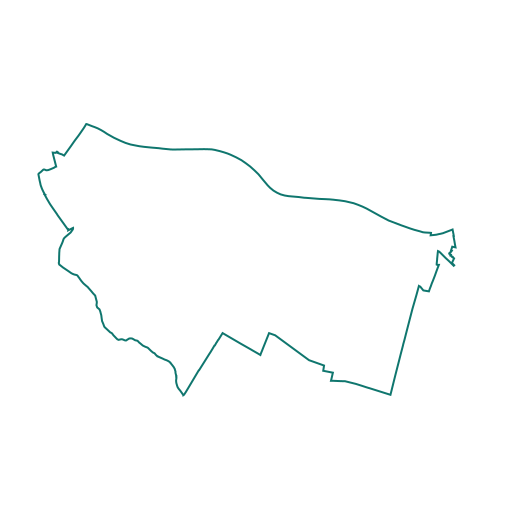 Rhenen, Utrecht, Netherlands, rotated 169°
{"feature_id": "6326949B30016596145373", "entity_name": "Rhenen", "entity_type": "district", "adm_level": 2, "iso_a3": "NLD", "parent_name": "Netherlands", "parent_adm1": "Utrecht", "projection": "orthographic", "projection_center": [5.564, 51.981], "detail": "fine", "context": "isolated", "style": "outline", "palette": "teal", "viewbox_px": 512, "rotation_deg": 169, "n_neighbors": 0, "source": "geoboundaries", "source_scale": "gbopen_adm2", "svg_char_len": 5893}
<svg xmlns="http://www.w3.org/2000/svg" viewBox="0 0 512 512"><g transform="rotate(169 256 256)"><path d="M345.0,384.5L349.5,386.0L353.0,387.4L357.9,389.4L362.5,391.9L367.0,394.9L372.9,399.2L374.9,400.9L378.8,404.2L381.4,406.8L384.1,409.2L387.0,411.5L389.9,413.4L391.8,414.5L397.0,417.8L397.5,417.9L399.1,416.1L400.8,414.3L405.5,409.7L407.5,407.8L411.3,404.4L413.0,402.8L416.6,399.3L425.2,391.2L426.3,392.1L427.1,392.8L428.3,393.4L431.1,395.1L430.7,395.6L431.5,396.4L433.0,395.5L434.5,395.9L435.8,396.3L435.8,393.8L435.1,381.9L435.8,381.8L436.2,381.7L437.4,381.2L437.9,381.1L438.7,380.9L441.1,380.4L443.4,380.0L443.8,380.0L444.3,380.0L445.6,380.2L447.1,381.2L447.5,381.3L447.8,381.4L448.0,381.4L448.4,381.3L451.1,379.6L452.9,378.7L453.6,378.3L453.8,378.1L454.0,377.8L454.0,377.7L454.0,377.3L454.0,375.4L454.0,373.5L454.0,371.4L453.9,368.7L453.9,367.0L453.7,365.3L453.6,365.0L453.5,364.2L453.3,363.0L452.8,360.9L452.5,359.9L452.3,359.0L452.1,358.5L451.6,356.9L451.8,356.8L451.7,356.7L451.8,356.7L450.3,351.9L449.4,349.4L448.5,346.8L447.8,345.1L446.5,342.1L443.3,334.9L443.0,334.0L435.6,317.9L435.3,318.0L435.3,317.9L435.0,317.8L435.3,317.1L430.2,318.5L430.2,318.4L430.4,317.8L430.6,317.4L430.7,317.1L431.0,316.8L433.4,314.5L433.7,314.3L438.9,311.4L440.4,310.5L440.8,310.2L441.0,310.0L441.5,309.5L441.7,309.3L442.8,307.3L443.6,306.0L447.4,300.5L447.5,300.3L447.7,299.7L448.2,297.8L448.6,296.4L448.7,295.8L449.4,292.8L450.0,289.9L450.2,289.1L450.5,287.7L450.9,286.9L450.9,286.6L450.9,286.3L450.9,285.7L450.6,285.3L450.6,285.2L450.6,284.9L450.3,284.6L449.9,284.2L447.7,281.6L445.6,279.5L442.9,276.8L440.6,274.4L439.6,273.6L439.2,273.3L438.7,273.0L438.1,272.6L437.5,272.3L436.3,271.8L435.7,271.5L435.4,271.3L435.2,271.1L435.0,270.8L434.8,270.5L434.3,269.3L433.9,268.6L433.0,266.5L432.1,264.6L431.3,263.2L430.8,262.3L430.3,261.6L428.5,259.3L427.0,257.5L426.9,257.2L424.4,252.9L423.1,250.5L422.1,248.9L421.5,248.0L421.5,247.8L421.4,247.7L421.2,244.1L421.0,241.5L421.1,241.2L421.2,240.4L421.4,239.9L421.5,239.6L421.6,239.3L421.9,238.5L422.0,238.2L421.9,237.3L421.7,235.8L421.4,235.4L421.1,235.1L420.9,234.8L420.0,233.7L419.8,233.4L419.6,232.2L419.4,231.0L419.4,230.4L419.2,227.6L419.2,227.0L419.4,224.0L419.5,221.8L419.5,221.4L419.0,219.1L418.8,218.1L418.6,216.7L418.5,216.1L418.4,215.8L418.2,215.1L416.8,213.2L413.9,209.2L413.7,208.9L412.4,207.9L412.1,207.5L411.6,206.5L411.4,206.1L411.1,205.4L410.5,204.5L408.7,201.7L408.0,200.7L406.9,199.9L404.5,200.0L403.8,199.9L403.4,199.8L403.1,199.7L402.1,199.1L400.8,198.2L400.3,198.0L399.4,197.9L398.2,198.5L397.5,198.7L396.2,199.2L395.0,199.1L393.5,198.7L392.3,197.8L390.9,196.5L390.5,196.3L389.7,195.9L389.3,195.8L389.0,195.7L388.3,195.1L387.8,194.4L387.4,193.6L386.2,192.2L384.2,189.7L382.1,188.1L380.3,187.0L380.1,186.9L379.8,186.6L379.5,186.3L378.0,184.1L377.3,183.1L377.2,182.9L377.0,182.7L375.9,181.3L375.8,181.1L374.3,180.0L374.1,179.8L373.8,179.3L373.6,178.8L372.7,177.4L372.6,177.2L370.9,175.7L369.9,175.0L370.0,175.0L367.2,173.1L365.5,171.8L364.8,171.4L364.1,171.0L363.2,170.4L361.7,169.2L361.1,168.5L360.4,167.7L360.4,167.3L360.3,167.2L360.2,167.1L359.6,165.9L359.0,164.8L357.8,162.3L357.6,161.5L357.3,160.6L357.3,160.1L357.2,159.0L357.1,157.8L357.3,156.9L357.3,156.4L357.3,155.9L357.2,154.3L357.4,152.5L357.2,152.6L357.3,151.9L357.4,151.6L357.5,151.2L357.6,150.8L358.1,149.4L358.2,148.9L358.3,148.3L358.4,147.3L358.4,146.7L358.4,145.9L358.3,145.1L358.2,143.7L358.0,142.6L358.0,142.3L357.3,140.5L356.1,138.3L354.9,135.7L353.9,133.3L353.9,133.2L353.2,133.5L351.1,135.6L348.1,138.9L334.0,154.7L333.7,154.7L323.3,165.8L320.3,169.0L319.2,170.1L317.4,172.1L317.0,172.5L313.9,176.0L313.5,176.0L312.3,177.4L311.5,178.4L311.1,178.7L309.2,180.8L308.7,181.1L303.5,186.7L287.9,173.0L278.8,165.2L277.7,164.2L272.6,159.8L270.6,158.0L269.9,159.2L269.0,160.6L267.9,162.2L267.7,162.6L257.9,177.8L252.3,174.5L223.8,143.6L210.1,135.5L211.9,130.5L202.8,126.8L205.6,120.5L206.2,119.2L203.8,118.7L196.3,116.9L192.5,116.1L191.0,115.4L182.4,111.4L176.5,108.2L173.1,106.3L170.5,104.9L170.4,104.9L150.5,94.1L148.8,97.7L143.7,108.7L141.4,113.6L135.1,126.9L132.7,132.0L129.0,139.7L128.2,141.5L126.1,145.7L123.8,150.6L120.9,156.7L112.6,174.1L106.0,187.0L101.8,195.5L101.4,195.1L100.7,194.7L100.5,194.4L98.9,191.4L98.3,190.3L96.5,189.6L93.0,188.3L91.7,190.6L90.1,193.1L88.7,195.5L87.1,197.9L84.2,202.5L81.9,206.4L79.9,209.7L78.2,212.4L80.3,212.8L80.1,212.8L80.3,213.0L80.2,213.5L80.0,214.3L79.2,216.9L79.1,217.3L78.9,217.8L78.8,218.4L77.6,222.4L76.8,225.1L76.5,225.8L76.4,226.1L75.3,225.3L74.3,223.9L70.2,217.8L67.4,214.0L67.2,213.7L63.8,208.7L63.2,209.1L64.2,210.6L65.0,211.8L64.4,212.6L63.0,214.5L62.0,215.9L63.3,217.3L63.6,217.6L63.3,217.9L65.1,219.3L64.4,220.1L65.9,221.4L65.7,221.9L65.2,222.1L64.4,222.7L63.7,222.9L62.8,223.8L63.5,224.2L62.0,226.9L61.6,227.7L58.5,226.4L58.5,228.9L58.4,232.8L58.4,237.9L58.0,237.9L58.0,238.5L58.0,240.2L58.0,244.5L61.3,243.9L63.6,243.5L67.1,242.9L68.1,242.7L68.4,242.7L70.4,242.6L72.4,242.6L74.8,242.5L76.3,242.6L77.5,242.7L79.5,242.9L80.6,243.0L79.8,245.3L80.8,245.6L85.9,246.9L87.1,247.3L87.7,247.5L90.3,248.9L95.6,251.5L99.6,253.7L102.8,255.6L105.5,257.2L107.4,258.3L119.0,265.5L125.5,270.7L134.0,277.8L138.3,281.4L142.1,284.2L146.1,286.8L150.1,289.2L157.7,292.6L159.0,293.1L161.9,294.1L163.3,294.6L167.8,296.0L169.0,296.4L173.1,297.6L178.0,298.8L182.7,299.9L195.6,303.5L197.6,304.0L200.3,304.9L202.7,305.7L212.5,308.5L216.3,309.9L220.1,311.8L223.4,314.2L226.4,316.9L229.2,320.3L231.3,323.5L231.6,324.1L233.1,326.8L234.5,329.3L238.0,335.8L241.2,340.4L242.5,342.1L244.6,344.9L248.2,348.9L252.1,352.9L256.6,356.6L261.0,359.8L261.7,360.3L264.3,362.0L267.7,363.9L271.4,365.8L273.8,366.9L276.2,368.0L279.1,369.1L282.0,369.8L286.6,370.8L295.6,372.4L299.8,373.2L302.9,373.8L306.9,374.5L317.0,376.3L319.5,376.9L327.3,379.2L330.9,380.4L333.4,381.1L334.8,381.5L337.7,382.3L345.0,384.5Z" fill="none" stroke="#0f766e" stroke-width="2"/></g></svg>